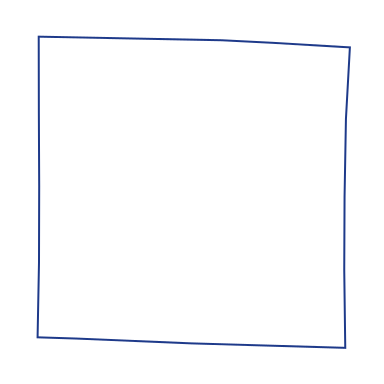 Livingston, Michigan, United States of America (Equal Earth projection), rotated 183°
{"feature_id": "52423323B39126215776989", "entity_name": "Livingston", "entity_type": "district", "adm_level": 2, "iso_a3": "USA", "parent_name": "United States of America", "parent_adm1": "Michigan", "projection": "equal_earth", "projection_center": [-83.94, 42.604], "detail": "fine", "context": "isolated", "style": "outline", "palette": "blue", "viewbox_px": 384, "rotation_deg": 183, "n_neighbors": 0, "source": "geoboundaries", "source_scale": "gbopen_adm2", "svg_char_len": 346}
<svg xmlns="http://www.w3.org/2000/svg" viewBox="0 0 384 384"><g transform="rotate(183 192 192)"><path d="M30.8,44.4L35.9,122.3L39.4,195.3L42.1,273.1L41.9,344.7L48.2,344.7L118.7,345.2L170.2,345.1L353.2,339.1L349.1,263.5L344.9,189.6L341.1,113.4L338.6,38.8L299.7,39.6L184.6,40.8L30.8,44.4Z" fill="none" stroke="#1e3a8a" stroke-width="2"/></g></svg>